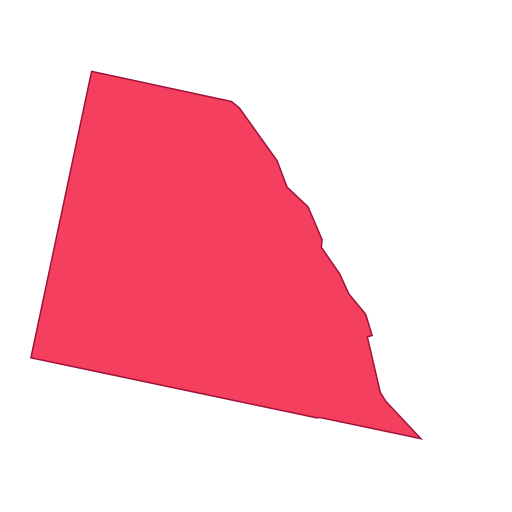 the district of Hamilton, Nebraska, United States of America, rotated 102°
{"feature_id": "52423323B89942881395118", "entity_name": "Hamilton", "entity_type": "district", "adm_level": 2, "iso_a3": "USA", "parent_name": "United States of America", "parent_adm1": "Nebraska", "projection": "equal_earth", "projection_center": [-98.035, 40.936], "detail": "fine", "context": "isolated", "style": "filled", "palette": "rose", "viewbox_px": 512, "rotation_deg": 102, "n_neighbors": 0, "source": "geoboundaries", "source_scale": "gbopen_adm2", "svg_char_len": 421}
<svg xmlns="http://www.w3.org/2000/svg" viewBox="0 0 512 512"><g transform="rotate(102 256 256)"><path d="M401.7,163.0L400.7,160.0L400.4,56.8L371.1,98.9L363.7,106.0L311.9,130.3L309.6,125.9L290.2,136.6L273.9,157.2L256.1,170.4L233.9,193.9L226.4,194.7L197.2,215.2L182.2,239.9L158.4,255.2L114.7,303.0L110.0,312.1L109.6,455.2L112.6,455.2L402.4,455.0L401.7,163.0Z" fill="#f43f5e" stroke="#9f1239" stroke-width="1.5"/></g></svg>